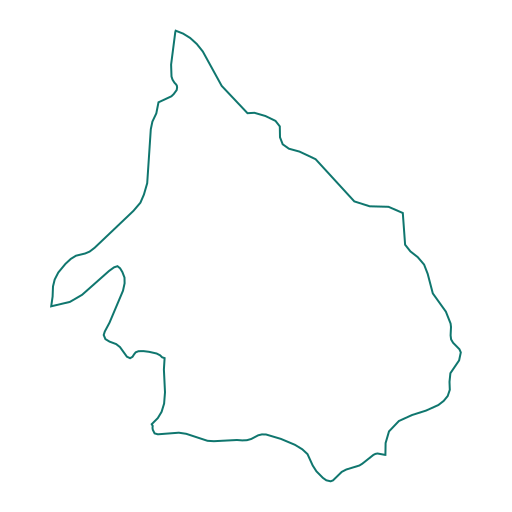 map outline of Mokhotlong (Robinson projection)
{"feature_id": "LSO-1213", "entity_name": "Mokhotlong", "entity_type": "District", "adm_level": 1, "iso_a3": "LSO", "parent_name": "Lesotho", "parent_adm1": "", "projection": "robinson", "projection_center": [28.96, -29.168], "detail": "fine", "context": "isolated", "style": "outline", "palette": "teal", "viewbox_px": 512, "rotation_deg": 0, "n_neighbors": 0, "source": "natural_earth", "source_scale": "10m", "svg_char_len": 1882}
<svg xmlns="http://www.w3.org/2000/svg" viewBox="0 0 512 512"><path d="M190.3,38.1L196.8,44.0L202.8,51.5L221.7,85.9L247.5,113.2L254.4,112.8L265.4,116.0L275.5,120.9L279.8,126.4L280.0,137.3L282.7,144.3L288.9,148.7L299.5,151.6L315.6,159.2L354.3,201.4L369.7,206.3L388.5,206.8L402.8,213.0L405.1,244.7L410.4,251.4L417.7,257.1L424.1,264.6L427.7,273.9L432.8,293.4L445.9,311.7L450.6,323.6L451.0,327.0L450.6,335.4L451.1,339.4L453.1,342.8L459.4,349.2L460.8,352.4L459.1,360.4L450.4,373.2L449.5,381.8L449.8,389.8L447.7,396.0L443.7,400.9L438.4,405.0L426.0,410.6L412.1,415.0L398.9,421.0L389.0,431.4L385.6,443.0L385.4,454.9L385.2,454.9L377.5,453.5L375.4,453.9L373.4,454.9L362.3,463.7L359.4,465.5L346.3,469.5L341.7,471.9L333.0,480.4L330.6,481.3L326.3,480.3L322.8,477.8L316.4,471.3L312.7,465.5L307.5,454.1L302.3,449.3L294.9,444.8L280.9,438.9L266.1,434.5L261.9,434.4L258.2,435.3L251.2,439.0L246.9,440.2L242.3,440.4L236.9,440.0L213.9,441.2L207.5,440.8L186.2,433.8L178.8,432.7L157.9,434.3L154.6,433.4L152.8,429.8L152.5,427.9L152.7,425.9L151.7,424.2L157.8,418.1L161.6,411.8L164.1,403.6L165.0,392.3L163.9,369.5L164.6,358.1L162.1,357.3L160.1,355.3L156.6,353.5L149.0,351.8L143.4,351.1L138.5,351.2L135.7,352.3L134.1,354.3L132.5,356.8L130.1,358.2L126.9,356.7L120.0,347.1L116.2,344.1L109.5,341.6L105.4,339.1L103.7,335.0L104.8,331.5L109.5,322.7L123.0,290.7L124.6,283.3L124.5,277.6L122.4,272.1L120.1,268.3L117.5,266.2L114.1,267.3L109.1,270.9L82.1,294.8L69.9,301.9L51.2,306.3L52.6,296.6L53.0,286.4L54.7,279.5L58.3,272.5L65.5,263.8L70.8,258.9L76.0,255.7L85.1,253.5L89.6,251.6L94.6,247.8L133.4,210.9L140.4,202.7L143.9,194.6L147.2,183.2L150.8,129.2L152.4,121.6L156.3,113.4L158.5,102.3L171.4,96.3L173.7,94.1L176.7,90.0L177.1,87.4L176.8,85.5L175.8,84.1L174.6,82.9L173.6,81.4L172.5,79.6L171.5,76.5L171.1,64.6L175.3,32.0L175.7,30.7L183.1,33.6L190.2,38.0L190.3,38.1Z" fill="none" stroke="#0f766e" stroke-width="2"/></svg>